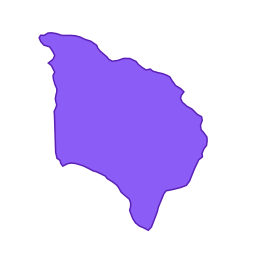 outline of Paiçandu, Paraná, Brazil, rotated 83°
{"feature_id": "56859067B32899743877918", "entity_name": "Paiçandu", "entity_type": "district", "adm_level": 2, "iso_a3": "BRA", "parent_name": "Brazil", "parent_adm1": "Paraná", "projection": "equal_earth", "projection_center": [-52.127, -23.462], "detail": "fine", "context": "isolated", "style": "filled", "palette": "violet", "viewbox_px": 256, "rotation_deg": 83, "n_neighbors": 0, "source": "geoboundaries", "source_scale": "gbopen_adm2", "svg_char_len": 1543}
<svg xmlns="http://www.w3.org/2000/svg" viewBox="0 0 256 256"><g transform="rotate(83 128 128)"><path d="M143.5,202.8L146.7,202.4L149.4,202.2L151.9,199.4L154.9,199.0L157.9,197.4L156.0,192.1L155.9,188.3L157.0,183.9L159.0,179.4L160.5,176.4L163.1,172.4L166.2,168.0L167.6,164.7L169.8,161.1L173.0,156.3L175.7,154.8L179.3,150.2L183.2,146.2L185.9,144.6L190.9,142.6L194.9,139.0L198.8,135.4L202.5,134.5L206.5,135.0L209.9,136.4L213.6,135.6L218.8,134.2L223.1,132.1L226.6,128.7L229.1,124.5L232.0,120.3L229.1,116.8L216.4,110.0L213.8,108.8L210.5,107.6L207.2,105.8L197.8,100.5L195.0,97.9L194.5,91.0L193.5,83.0L192.0,77.0L188.0,73.3L177.1,67.3L168.2,61.7L165.8,57.7L161.9,57.5L157.9,55.2L154.9,52.2L150.3,51.0L146.6,50.8L141.9,53.4L138.5,55.7L134.0,55.7L129.5,53.4L125.8,53.6L122.8,57.7L119.8,60.0L116.9,62.3L113.6,66.9L109.1,70.9L105.1,72.3L102.1,71.1L98.9,68.1L95.4,70.9L91.7,75.6L86.2,78.6L82.5,80.2L80.5,82.8L78.3,87.0L76.5,92.0L74.6,96.5L72.2,98.7L72.6,103.0L69.5,106.8L66.3,109.9L62.8,112.0L59.2,117.8L58.4,123.9L59.7,129.7L59.8,135.5L57.4,138.8L54.8,140.3L51.2,143.6L47.8,146.6L45.2,148.2L42.1,149.0L39.9,151.4L37.3,154.4L34.8,159.9L31.9,164.4L30.0,169.2L29.1,173.6L28.1,182.2L25.6,187.5L24.2,192.2L24.0,195.9L25.8,199.7L25.3,203.5L27.7,205.2L31.7,204.0L35.5,201.4L37.9,195.9L43.2,193.2L47.3,191.9L50.8,194.2L53.8,199.2L56.5,196.5L63.6,193.9L66.8,196.0L70.1,196.1L75.9,195.2L80.2,193.9L83.1,194.2L87.2,195.7L90.2,196.6L93.4,196.4L96.4,195.9L99.4,197.3L102.7,199.3L106.1,199.4L143.5,202.8Z" fill="#8b5cf6" stroke="#5b21b6" stroke-width="1.5"/></g></svg>